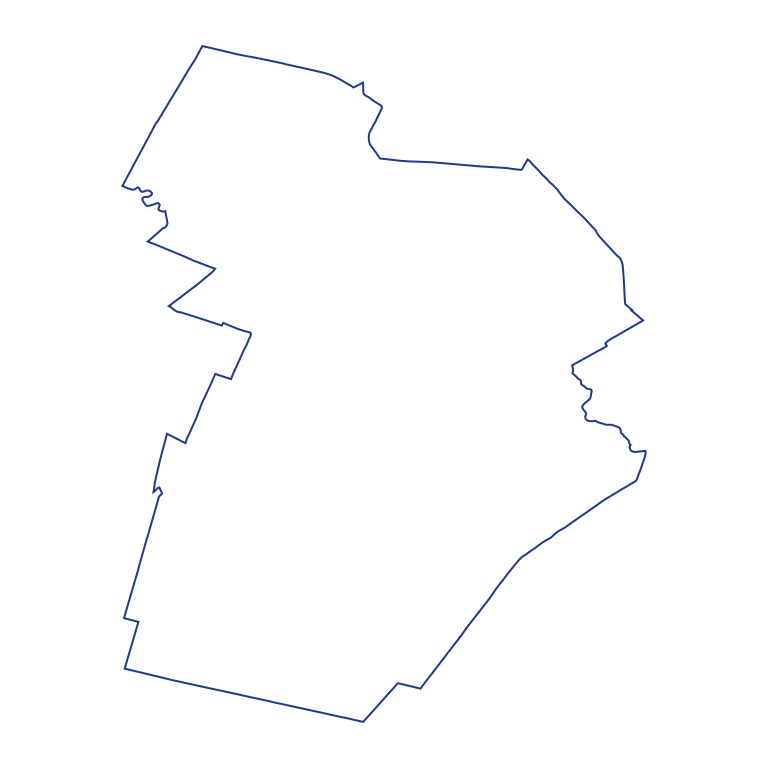 outline of Iepuresti, Giurgiu, Romania
{"feature_id": "2599482B53463845367908", "entity_name": "Iepuresti", "entity_type": "district", "adm_level": 2, "iso_a3": "ROU", "parent_name": "Romania", "parent_adm1": "Giurgiu", "projection": "robinson", "projection_center": [25.884, 44.251], "detail": "fine", "context": "isolated", "style": "outline", "palette": "blue", "viewbox_px": 768, "rotation_deg": 0, "n_neighbors": 0, "source": "geoboundaries", "source_scale": "gbopen_adm2", "svg_char_len": 6083}
<svg xmlns="http://www.w3.org/2000/svg" viewBox="0 0 768 768"><path d="M353.0,719.6L363.2,721.9L373.8,710.1L387.7,694.5L397.9,683.2L420.5,688.6L428.6,677.7L429.5,676.8L434.8,669.9L444.6,657.1L447.4,653.4L456.4,641.8L457.8,640.0L459.8,637.3L460.1,636.7L460.4,636.8L461.0,635.9L462.0,634.4L463.5,632.3L466.9,627.5L467.2,627.1L467.8,626.4L468.6,625.2L472.8,619.9L487.3,601.3L488.5,599.8L493.0,593.4L495.3,590.0L495.6,589.5L497.3,587.3L499.2,584.8L500.7,582.8L502.4,580.8L506.0,575.9L512.5,567.8L515.0,564.7L516.9,562.4L519.4,559.5L520.6,558.3L523.4,556.0L525.5,554.7L526.3,554.3L527.8,553.0L531.1,550.7L535.1,548.0L536.8,546.6L540.4,544.0L542.2,542.7L544.5,541.2L546.5,540.0L549.2,538.6L550.7,537.7L552.6,536.1L553.1,535.5L553.9,534.8L555.4,533.6L555.8,533.2L556.4,532.7L557.4,531.9L558.1,531.4L559.3,530.7L559.9,530.4L561.6,529.4L565.3,527.3L569.2,524.5L572.8,521.9L591.3,509.0L601.6,501.7L605.4,499.2L610.4,496.2L626.7,486.4L632.4,483.0L634.5,481.7L636.1,480.7L636.4,480.3L636.8,479.5L641.7,466.3L645.2,455.7L645.7,453.1L645.5,451.8L645.5,451.0L645.2,450.9L637.1,451.8L634.1,451.9L632.6,451.5L631.1,450.7L630.4,449.7L629.8,448.0L629.7,446.7L629.8,445.8L630.5,445.3L630.6,444.8L630.3,444.4L629.3,443.3L628.9,442.2L628.8,440.8L628.4,440.3L627.7,439.6L626.3,438.4L625.3,437.1L624.6,436.6L623.7,436.0L623.5,435.7L623.3,434.6L621.6,433.5L621.1,432.9L620.8,431.9L620.8,430.9L620.7,430.0L620.3,429.1L619.5,427.9L619.1,427.5L617.1,426.7L612.4,425.0L611.2,424.8L606.0,424.7L602.6,423.6L600.5,423.1L597.2,422.0L596.5,421.4L595.9,420.9L595.4,420.7L593.3,421.2L590.8,421.2L589.0,421.1L587.7,420.6L586.7,420.1L585.6,418.8L585.4,417.5L585.2,416.5L585.7,415.4L586.1,414.2L586.2,413.7L585.8,412.9L585.1,411.8L583.5,409.7L582.8,408.5L582.2,407.3L582.5,406.1L582.7,405.6L583.8,404.2L585.1,402.9L586.3,402.0L587.6,400.9L589.2,399.6L589.8,399.0L590.7,396.7L591.0,394.5L591.3,392.9L591.5,392.0L591.6,391.5L591.7,391.0L591.7,390.6L591.4,390.0L590.9,389.6L590.3,389.3L588.8,389.1L586.7,388.4L586.3,388.2L585.0,386.9L582.7,385.3L581.7,384.7L581.3,384.3L581.2,383.8L581.0,383.1L581.1,381.5L580.9,381.0L580.4,380.3L579.5,379.6L578.6,379.0L577.5,377.9L575.5,375.9L572.6,373.5L572.5,373.0L572.7,372.5L573.1,370.9L573.0,369.7L572.9,368.4L572.1,365.5L572.2,365.2L572.4,365.1L579.8,361.1L584.3,358.6L590.7,355.0L596.7,351.7L602.9,348.3L605.8,346.8L606.6,346.2L606.8,345.9L606.8,345.6L606.5,345.1L606.0,344.7L605.6,344.2L605.4,343.7L605.6,343.2L606.0,342.6L607.8,341.1L610.4,339.3L615.0,336.7L633.9,325.8L638.0,323.4L643.1,320.5L631.5,310.4L632.1,310.1L625.6,304.4L625.3,304.1L625.1,303.6L624.4,292.3L624.2,287.2L623.6,276.8L623.2,271.3L622.8,267.0L622.6,264.8L621.8,262.2L621.1,260.3L620.5,258.9L618.6,256.6L617.6,256.2L616.0,254.5L611.9,250.1L609.8,247.8L599.2,236.3L598.5,235.5L597.0,233.1L596.3,231.9L596.3,231.0L595.9,230.7L583.8,217.6L583.1,216.9L579.3,213.3L576.5,210.6L571.9,206.0L564.6,199.0L560.7,194.2L559.1,192.1L557.9,190.4L557.2,189.5L552.9,185.0L552.5,184.6L549.6,182.2L549.1,181.7L547.4,179.6L546.7,178.8L545.3,177.5L542.5,175.0L539.1,171.1L537.2,169.0L532.1,163.9L530.0,161.3L528.6,160.2L527.6,159.5L522.8,167.9L522.1,169.1L521.8,169.5L521.3,169.7L520.9,169.8L520.0,169.8L514.0,169.1L506.3,168.0L474.3,166.0L473.9,165.9L473.3,165.8L457.8,164.5L447.0,163.5L432.7,162.3L425.2,162.0L419.0,161.7L411.4,161.5L401.4,160.9L380.1,158.5L378.8,156.7L375.5,152.0L370.1,144.6L369.5,143.1L368.8,139.6L368.8,137.4L368.8,135.9L369.0,134.4L369.3,133.4L369.7,132.3L370.4,130.9L373.7,124.7L375.3,121.9L377.6,117.0L381.9,108.2L381.9,107.7L381.9,107.1L381.7,106.3L381.1,105.7L379.7,104.7L375.0,101.8L372.7,100.2L370.1,98.3L368.9,97.4L368.0,96.9L367.2,96.5L366.2,95.9L365.3,95.2L364.5,94.6L364.1,94.0L363.8,93.5L363.5,93.0L363.4,92.5L363.3,90.9L363.2,86.4L363.0,82.6L355.3,86.6L353.6,87.5L351.3,86.0L347.5,83.8L342.9,81.0L341.7,80.4L338.3,78.5L332.8,75.8L330.8,75.0L329.0,74.4L325.0,73.1L308.7,69.3L287.1,64.5L286.7,64.5L283.0,63.4L279.3,62.7L274.4,61.6L254.3,57.5L248.1,56.4L242.9,55.4L241.6,55.1L241.3,55.1L235.9,54.0L227.7,52.0L210.4,47.9L202.2,46.1L201.9,46.8L194.8,60.1L189.7,67.8L181.8,81.2L168.3,103.5L162.5,113.1L157.1,122.1L156.1,122.9L156.0,123.1L122.9,185.1L122.3,185.9L127.6,188.2L131.0,189.3L133.1,189.7L134.7,189.4L136.2,188.4L137.2,187.6L137.9,187.4L138.6,187.6L139.4,188.4L140.0,190.0L140.8,191.2L141.9,191.8L143.8,191.6L146.1,190.6L148.1,190.5L149.9,191.1L151.5,192.4L152.1,193.4L151.5,194.8L149.8,196.1L147.7,197.0L145.0,197.0L143.6,197.2L142.3,198.7L142.6,200.6L143.9,202.5L145.5,204.7L146.4,205.7L147.7,205.9L149.3,205.7L154.8,204.1L156.6,203.3L157.8,203.2L158.7,203.5L159.3,204.2L159.7,205.2L159.2,206.8L158.5,208.3L158.5,209.4L159.3,210.3L161.1,211.1L163.7,211.7L165.3,211.2L167.5,223.2L167.1,224.9L165.6,227.0L164.4,227.9L163.4,227.9L149.5,240.1L147.7,241.5L149.2,242.2L151.4,243.0L154.0,244.0L160.3,246.5L166.7,249.2L172.2,251.4L175.0,252.6L184.7,256.6L189.6,258.8L193.7,260.7L202.0,263.8L208.1,266.2L208.5,266.3L215.1,268.7L214.6,269.3L213.5,270.9L212.3,272.1L196.4,285.2L191.1,289.2L181.1,296.8L175.9,300.7L170.6,304.8L168.8,306.1L170.3,306.8L172.2,308.2L173.5,309.5L177.2,311.7L178.4,312.0L180.9,312.4L184.2,313.4L188.5,314.7L191.2,315.6L199.7,318.3L211.0,322.0L221.7,325.5L223.3,322.9L228.7,325.2L237.3,328.7L244.1,331.0L250.0,332.4L250.7,333.3L251.0,334.3L250.1,337.0L248.9,339.2L246.5,345.2L243.7,350.4L236.9,365.6L233.9,371.9L231.0,379.1L215.3,374.0L210.3,385.3L201.6,403.8L196.7,417.1L190.0,432.1L188.6,435.1L186.9,438.4L185.5,443.2L167.0,433.8L160.0,460.1L155.0,481.8L153.5,492.0L155.6,490.4L157.1,488.4L158.4,487.8L159.3,487.5L159.6,487.9L160.2,489.4L162.1,493.4L160.9,494.7L159.7,495.8L159.1,496.6L158.8,497.1L158.1,499.9L151.2,523.8L151.1,524.1L148.6,533.1L147.0,538.2L141.6,557.0L137.8,571.0L137.6,571.8L137.5,572.1L129.6,599.0L125.6,612.7L124.1,618.1L138.4,621.9L124.7,668.7L144.7,673.4L173.1,680.3L178.0,681.3L189.1,683.8L196.2,685.3L196.4,685.4L216.2,689.7L239.6,694.7L239.8,694.8L248.4,696.7L254.9,698.1L262.5,699.7L271.3,701.7L273.1,702.2L283.2,704.3L283.4,704.4L299.9,708.0L325.3,713.5L333.1,715.3L348.4,718.5L353.0,719.6Z" fill="none" stroke="#1e3a8a" stroke-width="2"/></svg>